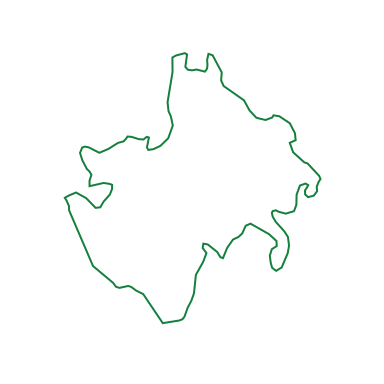 map outline of Hamadan (orthographic projection), rotated 33°
{"feature_id": "IRN-3233", "entity_name": "Hamadan", "entity_type": "Province", "adm_level": 1, "iso_a3": "IRN", "parent_name": "Iran", "parent_adm1": "", "projection": "orthographic", "projection_center": [48.6, 34.872], "detail": "fine", "context": "isolated", "style": "outline", "palette": "green", "viewbox_px": 384, "rotation_deg": 33, "n_neighbors": 0, "source": "natural_earth", "source_scale": "10m", "svg_char_len": 1848}
<svg xmlns="http://www.w3.org/2000/svg" viewBox="0 0 384 384"><g transform="rotate(33 192 192)"><path d="M292.7,111.1L292.7,114.5L293.7,119.6L296.5,123.2L296.1,128.7L292.2,133.1L288.2,132.4L285.9,129.1L286.0,125.5L285.7,122.9L282.6,123.1L279.0,127.8L281.2,137.3L286.5,145.9L288.0,152.5L282.4,159.1L275.7,161.3L272.2,161.7L270.1,164.1L270.4,166.1L273.1,168.7L278.4,171.4L290.9,174.7L297.0,177.5L302.6,184.1L305.6,191.2L308.3,206.5L305.5,212.3L300.4,211.9L296.5,208.4L291.9,203.0L290.1,196.5L292.5,191.2L289.6,187.1L279.5,185.4L258.3,186.7L255.4,191.1L256.7,199.4L255.4,204.5L252.3,209.6L251.9,219.6L254.0,230.6L251.3,231.2L245.9,228.6L233.8,227.4L229.7,229.1L231.4,233.1L237.4,235.4L239.4,244.4L240.4,259.4L248.8,275.8L250.7,283.6L251.4,291.4L253.6,300.6L253.3,303.9L251.2,306.8L238.9,317.9L206.7,304.2L198.9,305.1L192.7,304.7L189.6,305.6L183.4,311.9L179.9,312.9L175.5,311.2L149.3,308.0L98.9,274.3L96.5,270.8L91.4,267.5L88.5,266.1L90.6,262.1L95.0,255.6L106.6,254.8L119.8,257.8L123.4,254.8L123.1,248.2L124.5,238.8L123.3,233.0L121.1,229.5L118.4,230.1L113.0,232.5L102.9,242.9L99.9,238.3L98.3,232.4L95.1,230.7L91.2,229.9L82.7,225.1L76.8,220.2L75.7,214.5L77.4,212.3L81.1,210.8L92.9,209.6L98.4,201.5L103.2,191.1L107.1,186.7L107.7,182.7L107.7,180.6L111.2,178.7L118.4,176.7L122.7,174.4L124.0,170.4L126.2,169.8L129.9,179.1L132.4,180.5L136.3,177.1L140.4,170.5L142.8,159.9L139.7,146.7L133.0,140.0L128.3,137.0L122.6,130.0L110.3,101.9L102.3,89.9L104.2,86.3L110.3,79.5L112.9,79.3L118.3,90.7L121.9,91.7L125.7,90.0L129.1,86.8L137.3,84.0L137.4,80.4L136.0,77.4L132.7,72.9L130.6,67.2L134.8,66.1L151.8,75.5L155.7,82.6L160.9,85.9L185.7,86.8L195.9,92.3L205.6,94.7L214.4,91.6L218.7,85.8L218.6,83.3L224.0,80.9L236.6,81.1L246.3,86.6L250.7,92.1L247.2,97.5L255.2,103.6L270.1,106.0L273.3,105.1L289.8,109.2L292.7,111.1Z" fill="none" stroke="#15803d" stroke-width="2"/></g></svg>